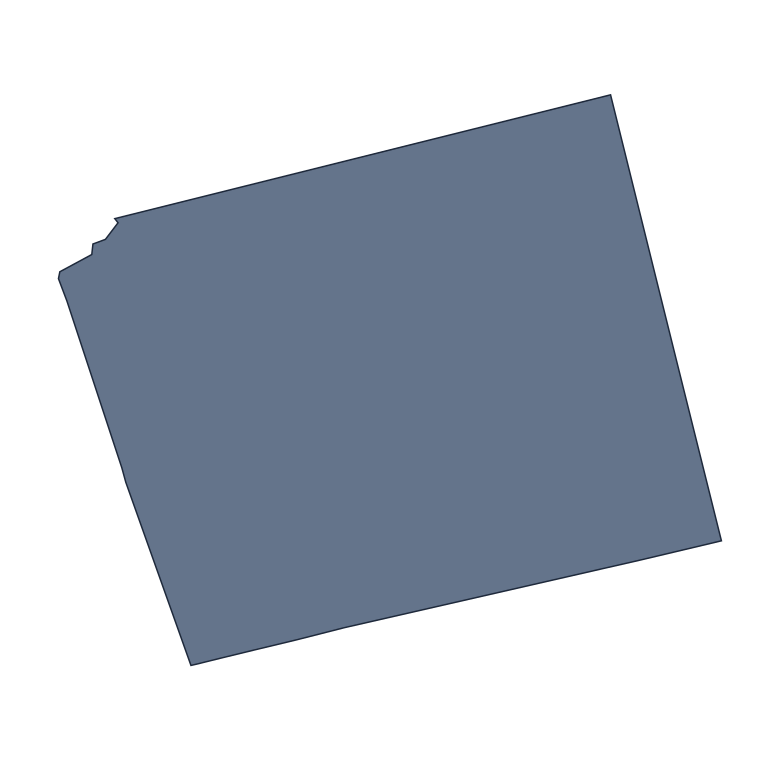 outline of Tioga, Pennsylvania, United States of America, rotated 167°
{"feature_id": "52423323B23673127244942", "entity_name": "Tioga", "entity_type": "district", "adm_level": 2, "iso_a3": "USA", "parent_name": "United States of America", "parent_adm1": "Pennsylvania", "projection": "natural_earth1", "projection_center": [-77.118, 41.772], "detail": "fine", "context": "isolated", "style": "filled", "palette": "slate", "viewbox_px": 768, "rotation_deg": 167, "n_neighbors": 0, "source": "geoboundaries", "source_scale": "gbopen_adm2", "svg_char_len": 454}
<svg xmlns="http://www.w3.org/2000/svg" viewBox="0 0 768 768"><g transform="rotate(167 384 384)"><path d="M98.2,614.8L609.1,605.7L606.9,600.9L622.9,587.6L636.1,585.9L639.6,575.9L674.6,566.3L677.5,559.9L674.3,536.3L658.3,361.3L657.7,346.4L635.4,153.2L627.4,153.2L623.0,153.3L604.6,153.6L571.2,154.0L526.4,154.4L477.7,155.5L212.9,154.9L174.0,154.8L90.5,155.3L93.7,339.6L95.2,429.1L98.2,614.8Z" fill="#64748b" stroke="#1e293b" stroke-width="1.5"/></g></svg>